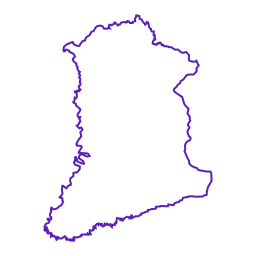 outline of Manang, Satun, Thailand
{"feature_id": "78962969B42923555842961", "entity_name": "Manang", "entity_type": "district", "adm_level": 2, "iso_a3": "THA", "parent_name": "Thailand", "parent_adm1": "Satun", "projection": "albers", "projection_center": [99.916, 7.008], "detail": "fine", "context": "isolated", "style": "outline", "palette": "violet", "viewbox_px": 256, "rotation_deg": 0, "n_neighbors": 0, "source": "geoboundaries", "source_scale": "gbopen_adm2", "svg_char_len": 5679}
<svg xmlns="http://www.w3.org/2000/svg" viewBox="0 0 256 256"><path d="M196.4,60.7L195.0,61.6L193.6,61.7L191.8,61.5L189.3,60.6L188.8,59.4L189.1,55.2L186.1,51.9L183.7,52.8L182.1,52.6L180.1,51.6L178.1,49.6L175.0,49.6L171.0,47.1L168.5,47.1L167.9,46.4L164.8,46.3L163.5,45.7L163.4,45.1L162.2,45.2L162.3,44.5L161.5,44.5L160.5,42.6L159.1,42.7L158.9,43.5L157.7,43.2L156.8,43.8L156.9,44.5L155.7,44.9L154.7,44.1L152.9,43.8L152.6,43.3L153.4,40.4L154.7,39.8L154.4,38.9L155.0,38.8L154.5,38.1L155.0,37.4L154.6,35.8L153.8,35.6L153.8,34.8L154.2,34.5L153.6,34.1L153.9,31.5L151.9,31.5L151.2,30.6L151.0,28.9L149.8,28.2L148.9,26.7L148.6,23.6L148.0,23.0L148.0,22.4L146.8,22.0L146.7,23.4L146.0,23.6L145.4,24.7L145.0,24.7L144.7,23.7L142.8,21.9L141.8,19.7L139.8,18.9L139.3,16.0L137.7,15.8L137.5,15.4L136.2,15.5L136.0,16.8L134.9,18.9L135.2,21.2L132.8,21.9L132.6,23.0L130.0,23.0L128.8,21.4L127.5,21.0L127.2,21.3L127.2,22.0L126.3,22.0L126.0,22.6L124.5,22.0L121.2,22.6L119.8,24.7L118.9,24.5L117.9,25.5L115.3,22.7L114.6,22.4L114.2,22.7L114.0,24.1L112.4,24.6L111.8,25.3L111.0,25.3L110.2,24.6L109.0,25.2L109.0,27.4L109.6,28.2L108.2,27.9L107.4,28.7L104.0,28.6L102.6,26.5L101.6,25.8L99.3,25.7L97.1,26.2L96.0,27.1L93.5,31.1L91.4,31.9L89.6,35.2L86.8,36.8L85.5,38.7L85.0,40.5L82.7,41.1L80.6,43.5L79.4,45.9L78.1,46.0L75.1,45.1L73.2,43.5L73.0,42.3L72.6,42.0L68.9,43.4L68.4,43.9L66.8,44.3L64.1,46.6L63.3,50.3L63.9,51.3L64.9,51.2L65.3,50.0L66.8,49.6L67.5,50.2L69.0,50.5L69.4,51.8L73.1,53.6L74.3,54.8L74.9,56.7L72.9,58.9L72.8,59.7L73.8,61.6L76.4,63.6L76.3,65.4L77.7,67.1L77.2,67.9L77.6,69.1L78.7,71.2L79.9,71.9L78.8,73.4L79.4,73.9L79.6,75.4L80.1,75.6L79.1,77.6L80.3,78.8L79.8,82.5L80.5,83.1L80.5,84.2L80.2,85.2L79.1,85.6L78.7,86.6L79.5,89.0L80.5,89.5L80.0,90.2L78.9,90.0L78.7,90.4L78.9,91.0L77.9,90.7L77.3,91.6L76.5,91.0L75.7,91.6L74.9,91.5L75.1,92.3L76.5,93.1L77.0,96.5L75.8,98.5L74.7,97.7L74.4,100.6L73.2,102.1L73.6,102.7L75.7,103.7L76.1,105.5L80.3,109.2L79.7,111.5L77.9,113.8L77.4,115.2L78.5,117.2L80.3,117.0L80.2,117.6L79.1,118.6L80.0,120.1L80.4,121.6L79.3,122.4L79.1,123.6L78.2,124.7L76.8,125.7L79.3,128.3L81.3,127.5L82.5,129.5L80.3,132.6L81.3,136.3L78.6,139.7L76.5,143.6L76.5,144.8L77.0,145.6L80.9,145.9L81.6,146.5L81.7,147.5L78.9,151.8L78.7,152.8L87.1,153.4L88.5,154.1L89.5,156.1L86.8,156.5L82.3,154.4L81.0,154.5L79.6,155.2L78.7,158.0L83.2,161.2L84.0,163.6L83.8,163.9L78.1,162.0L77.3,161.0L76.1,157.2L75.7,157.0L75.1,157.4L75.4,158.5L75.0,159.9L75.7,159.8L75.9,160.3L74.0,162.3L73.9,162.9L75.2,164.7L79.9,166.4L79.6,169.4L77.0,172.4L74.2,172.6L73.4,173.0L73.4,176.0L70.5,178.4L70.2,179.3L70.1,180.5L70.9,183.8L70.7,185.0L68.6,185.5L66.3,188.3L63.1,185.8L62.4,185.8L61.9,189.9L62.5,193.6L61.4,195.5L59.5,197.2L59.8,197.5L61.8,197.9L62.5,198.7L62.3,200.3L63.1,201.6L62.2,204.0L61.0,205.4L58.8,206.7L57.8,207.8L56.0,208.9L52.6,209.4L51.8,207.7L51.3,207.8L50.9,210.5L51.1,211.9L50.1,213.5L50.0,214.6L50.2,216.4L51.4,217.4L51.1,219.3L49.9,219.4L48.3,218.6L47.6,218.8L47.7,219.8L49.5,220.4L49.6,221.1L48.5,223.0L46.6,223.4L45.6,224.3L44.4,227.1L45.2,228.6L45.9,228.6L46.7,227.4L47.1,228.4L46.9,229.2L46.3,229.6L44.5,229.6L44.4,230.0L44.7,230.5L45.5,230.8L47.9,230.2L48.3,230.5L48.3,231.3L47.2,232.5L47.3,233.1L48.2,233.6L50.6,232.8L51.5,233.3L51.6,234.3L52.3,234.9L50.9,234.7L50.9,236.7L52.3,235.8L53.6,236.6L54.6,236.2L55.8,237.8L56.5,239.8L57.4,239.1L57.4,236.9L58.4,237.2L58.7,238.0L59.5,238.4L61.6,238.5L64.8,236.2L65.6,236.7L65.6,237.8L66.6,238.2L66.2,238.6L66.1,239.5L66.4,239.8L67.9,239.4L69.3,240.1L69.9,239.3L70.8,240.4L71.7,239.6L72.2,240.0L71.8,240.4L72.3,240.6L72.9,239.2L73.3,240.5L74.1,240.5L74.3,239.8L73.7,239.3L74.3,238.8L74.2,237.2L77.6,237.5L78.2,237.0L79.7,236.8L81.3,236.0L80.8,235.3L81.7,234.6L85.5,234.4L88.1,234.7L87.9,233.4L89.7,234.3L90.7,234.3L89.7,231.5L89.8,230.2L91.7,230.7L93.3,230.2L93.8,229.1L93.1,228.9L93.5,226.4L94.0,226.3L94.9,227.6L95.6,228.0L95.5,225.2L97.0,223.9L97.8,223.8L98.5,224.7L98.7,224.4L98.3,223.8L98.7,223.5L99.3,223.6L99.2,224.5L99.8,223.9L100.6,224.4L101.0,223.9L101.6,223.9L101.1,225.3L102.1,225.9L102.8,225.5L103.2,226.4L104.8,225.5L104.8,223.9L105.9,224.8L106.6,223.7L107.3,223.6L108.1,225.0L110.6,224.1L111.0,224.8L110.1,225.3L111.9,227.1L112.1,226.0L111.5,225.8L111.7,225.2L112.1,225.0L112.5,225.5L113.1,224.8L114.7,225.1L114.7,223.6L116.3,223.3L116.4,222.7L115.8,222.8L115.6,222.3L116.4,221.5L117.0,218.1L120.7,218.6L120.1,219.7L120.3,220.2L121.1,220.0L121.5,218.9L122.0,218.8L122.8,220.5L124.5,218.1L127.1,216.8L128.3,216.8L129.3,217.4L129.4,218.5L130.6,218.3L130.7,216.8L131.3,215.4L132.1,215.6L132.2,218.0L135.5,216.3L137.1,216.4L139.4,215.7L140.0,215.0L141.1,214.7L141.4,213.3L142.8,213.3L145.8,211.8L147.8,211.5L148.0,210.0L149.1,210.0L151.4,209.1L154.5,208.9L156.0,208.4L155.9,206.8L160.3,206.4L160.5,206.0L167.9,206.3L168.3,204.5L173.7,205.1L174.7,203.1L179.1,201.8L179.7,200.6L181.5,200.3L182.3,199.7L182.9,198.0L184.5,197.4L186.4,197.3L187.0,196.9L187.8,197.1L188.9,196.3L194.2,196.4L195.3,196.8L202.5,196.5L205.2,195.1L206.7,194.8L206.8,191.8L207.9,187.3L211.6,180.8L211.2,172.9L210.7,171.9L209.9,171.5L206.0,171.5L199.2,170.2L197.7,169.3L196.9,168.0L194.4,167.3L191.2,165.6L189.2,163.5L189.1,160.8L187.4,158.0L184.5,151.1L185.3,148.7L184.9,146.1L185.3,144.3L186.9,141.7L190.1,140.1L190.7,138.1L190.4,137.4L188.9,136.2L187.4,132.0L187.9,130.1L189.5,127.7L189.3,127.0L187.9,125.2L187.9,124.3L190.2,120.7L189.7,119.1L189.9,117.1L188.1,114.5L187.5,113.0L188.5,108.9L185.5,105.7L184.1,103.6L182.2,97.0L175.5,92.5L174.3,91.3L173.9,90.1L174.2,88.7L176.2,87.1L178.1,84.5L180.0,83.2L180.8,81.0L183.2,79.6L186.6,75.3L188.4,74.5L193.2,74.5L194.3,73.8L196.6,71.5L196.5,68.4L198.7,65.3L197.8,64.1L196.4,60.7Z" fill="none" stroke="#5b21b6" stroke-width="2"/></svg>